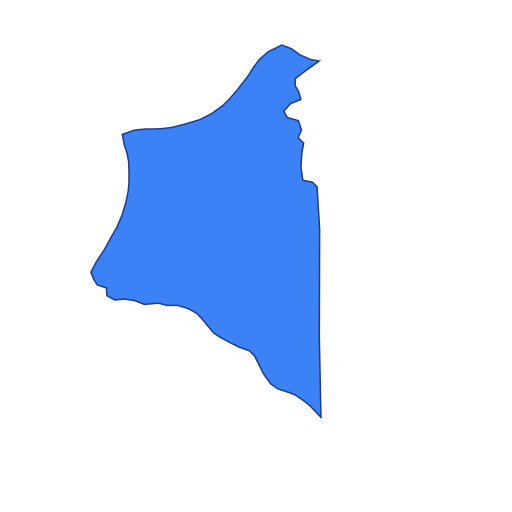 Lucena, Paraíba, Brazil, rotated 240°
{"feature_id": "56859067B15488215620489", "entity_name": "Lucena", "entity_type": "district", "adm_level": 2, "iso_a3": "BRA", "parent_name": "Brazil", "parent_adm1": "Paraíba", "projection": "natural_earth1", "projection_center": [-34.904, -6.922], "detail": "fine", "context": "isolated", "style": "filled", "palette": "blue", "viewbox_px": 512, "rotation_deg": 240, "n_neighbors": 0, "source": "geoboundaries", "source_scale": "gbopen_adm2", "svg_char_len": 1177}
<svg xmlns="http://www.w3.org/2000/svg" viewBox="0 0 512 512"><g transform="rotate(240 256 256)"><path d="M324.5,104.9L316.9,103.8L310.3,104.1L303.1,110.5L296.2,107.0L288.6,111.6L284.4,120.6L277.9,128.8L269.9,135.1L264.1,147.7L257.6,154.4L252.3,163.6L244.5,170.9L235.6,176.2L227.2,178.0L217.7,179.6L210.3,180.9L203.8,184.2L194.8,189.7L185.3,195.9L177.3,202.8L170.1,204.8L161.4,204.3L149.4,203.6L137.9,204.8L129.7,208.7L123.5,214.4L116.3,220.3L107.9,224.5L99.3,227.8L83.8,231.6L153.8,270.1L247.2,324.4L285.4,343.5L292.0,341.6L298.1,334.4L310.5,339.4L322.0,347.0L329.9,353.7L337.5,351.7L342.3,358.4L352.0,360.4L360.3,352.3L367.5,352.5L370.7,362.0L369.1,373.1L376.9,375.1L383.7,375.1L389.9,378.5L391.5,390.3L393.3,408.2L398.9,401.5L407.9,394.8L417.8,390.3L425.8,383.9L426.8,368.9L424.6,357.6L421.3,349.6L415.5,338.3L409.5,323.6L405.4,312.1L402.9,302.5L401.5,288.8L402.2,275.4L406.3,258.4L409.5,247.1L413.7,237.4L417.4,230.4L421.3,223.7L425.7,213.9L428.2,201.0L417.1,197.2L410.2,195.9L401.6,193.0L392.0,187.9L382.0,182.0L375.8,177.5L367.8,170.4L358.9,161.1L350.2,149.5L344.4,139.4L337.5,128.1L330.7,114.7L324.5,104.9Z" fill="#3b82f6" stroke="#1e3a8a" stroke-width="1.5"/></g></svg>